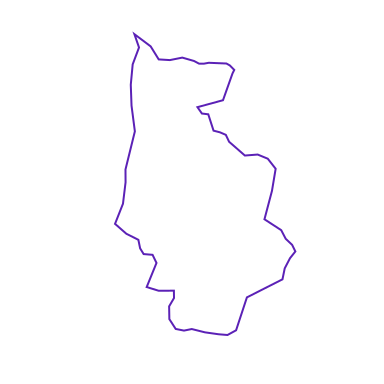 Kayanza, Natural Earth projection, rotated 25°
{"feature_id": "BDI-2640", "entity_name": "Kayanza", "entity_type": "Province", "adm_level": 1, "iso_a3": "BDI", "parent_name": "Burundi", "parent_adm1": "", "projection": "natural_earth1", "projection_center": [29.667, -2.994], "detail": "fine", "context": "isolated", "style": "outline", "palette": "violet", "viewbox_px": 384, "rotation_deg": 25, "n_neighbors": 0, "source": "natural_earth", "source_scale": "10m", "svg_char_len": 912}
<svg xmlns="http://www.w3.org/2000/svg" viewBox="0 0 384 384"><g transform="rotate(25 192 192)"><path d="M168.9,61.0L172.8,61.3L178.7,63.5L178.6,67.4L181.3,95.7L161.1,112.8L167.8,116.7L173.9,114.7L185.6,127.3L192.1,126.1L198.5,125.9L204.4,130.8L224.5,136.6L235.7,130.3L246.6,129.8L258.0,135.6L264.0,157.2L269.2,186.1L289.0,188.9L296.7,194.8L305.1,197.6L310.8,202.2L308.8,210.6L308.3,222.0L310.9,232.9L286.3,264.3L290.4,298.7L284.6,306.6L276.2,309.7L263.1,313.7L249.7,316.3L243.3,321.0L235.1,323.0L225.2,316.8L219.6,305.3L220.5,295.7L217.3,289.1L203.4,295.6L191.1,297.3L189.8,271.3L182.8,265.6L174.4,268.7L168.8,265.0L163.6,258.0L150.2,257.6L135.7,253.4L134.4,231.8L127.7,211.3L122.2,199.7L114.6,161.2L100.7,139.3L91.2,120.7L84.3,101.4L82.9,83.4L73.1,73.3L93.0,77.5L105.8,85.9L116.2,81.8L126.4,74.3L138.5,72.4L144.1,72.7L148.5,70.7L152.6,67.8L168.9,61.0Z" fill="none" stroke="#5b21b6" stroke-width="2"/></g></svg>